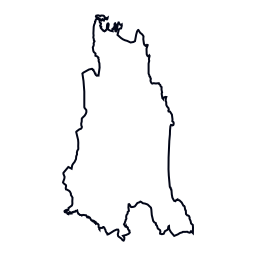 outline of Khanom, Nakhon Si Thammarat, Thailand
{"feature_id": "78962969B77889758580625", "entity_name": "Khanom", "entity_type": "district", "adm_level": 2, "iso_a3": "THA", "parent_name": "Thailand", "parent_adm1": "Nakhon Si Thammarat", "projection": "equal_earth", "projection_center": [99.815, 9.204], "detail": "fine", "context": "isolated", "style": "outline", "palette": "ink", "viewbox_px": 256, "rotation_deg": 0, "n_neighbors": 0, "source": "geoboundaries", "source_scale": "gbopen_adm2", "svg_char_len": 5735}
<svg xmlns="http://www.w3.org/2000/svg" viewBox="0 0 256 256"><path d="M98.6,227.1L99.2,227.7L99.2,229.1L99.5,229.5L99.5,228.9L99.9,228.0L100.7,227.8L102.0,228.0L103.2,227.0L103.6,227.0L104.4,227.8L104.5,228.5L105.3,229.6L105.6,231.0L106.4,232.6L107.0,233.0L107.3,234.1L107.7,233.9L107.9,234.4L108.9,234.0L114.1,230.7L116.6,229.6L118.1,229.6L118.4,230.2L118.5,231.4L117.8,234.3L118.1,236.0L118.6,236.6L121.3,238.5L122.6,240.2L123.6,240.6L124.2,239.6L124.4,237.8L124.1,237.2L123.0,235.8L126.0,235.0L128.5,233.9L129.5,233.0L129.8,232.3L129.3,231.6L129.4,230.5L128.7,230.1L128.0,229.0L127.8,227.6L127.3,227.5L127.1,227.0L126.5,226.9L126.2,226.1L126.0,226.7L125.6,226.7L125.5,226.2L124.8,225.8L124.0,224.2L124.6,223.5L125.2,221.4L125.6,220.8L125.6,220.0L126.2,219.2L126.4,218.3L126.2,217.9L126.2,216.4L126.5,215.1L127.6,213.6L127.7,212.0L128.9,210.9L128.4,207.5L128.6,204.3L129.1,204.1L129.8,204.9L130.9,206.9L131.7,207.1L133.7,206.8L134.9,206.3L137.4,203.0L139.6,202.2L140.3,201.6L141.3,202.0L142.8,203.2L145.1,203.6L147.6,204.5L150.9,207.6L151.3,209.2L151.8,215.1L153.2,220.9L154.4,222.4L155.9,223.2L155.9,224.7L156.9,225.6L157.8,228.5L160.1,230.2L160.4,231.7L160.0,233.3L160.1,233.7L161.8,234.2L163.7,233.8L164.9,231.2L167.1,230.0L167.9,229.2L168.3,226.8L168.6,226.2L169.0,226.0L169.1,228.4L169.6,229.9L170.9,232.1L174.2,235.9L177.8,234.4L180.0,233.0L182.1,232.4L182.8,231.9L187.5,231.8L188.1,232.3L189.7,232.7L190.7,232.2L190.7,231.5L191.0,231.2L192.9,233.1L193.0,227.4L192.8,224.9L191.1,223.5L190.6,221.0L189.5,218.6L189.6,217.4L189.0,216.1L188.4,215.6L187.3,215.4L186.0,214.0L185.8,210.4L185.2,209.9L184.6,206.6L184.1,205.9L183.4,205.7L181.7,202.5L179.4,200.3L177.6,200.0L177.5,199.5L176.8,200.0L176.4,199.9L175.4,201.2L174.1,200.8L172.4,197.7L171.8,194.5L171.5,190.5L171.1,189.8L171.3,189.3L170.6,188.5L170.6,187.6L170.1,187.4L169.8,186.8L168.8,175.6L168.5,169.4L168.6,157.3L169.3,140.9L169.9,134.5L170.0,130.5L170.4,126.3L171.0,124.9L172.0,125.1L172.3,125.4L173.2,125.1L173.5,124.7L173.7,123.1L173.4,122.1L172.3,121.2L172.5,119.3L171.9,114.6L170.0,111.6L168.6,111.5L168.3,110.7L168.8,109.6L168.5,108.2L167.0,106.4L166.3,104.9L166.2,102.1L165.7,101.0L165.8,98.5L166.3,97.0L165.4,96.9L164.0,97.4L163.1,98.6L163.1,98.9L162.5,98.2L162.9,97.7L162.2,97.2L161.7,94.1L161.7,93.2L162.1,92.6L161.5,89.5L161.6,87.1L160.7,86.4L160.2,84.8L159.2,84.2L158.8,83.2L155.8,83.5L153.6,83.2L152.2,83.6L151.3,82.8L150.7,81.5L150.5,80.6L150.8,79.0L150.6,78.8L150.7,78.3L150.1,77.3L150.1,76.8L149.5,76.4L149.4,75.4L148.9,74.4L148.6,73.5L148.6,63.5L149.2,60.9L148.9,59.0L149.6,55.9L149.3,55.4L148.5,56.6L149.2,55.4L148.2,56.4L147.3,55.7L146.7,54.2L146.5,48.7L147.7,45.1L147.0,44.8L145.6,45.9L145.2,45.6L144.9,44.9L144.3,44.7L143.9,43.5L143.3,39.2L143.5,36.3L142.3,34.5L140.1,32.7L138.4,30.0L138.0,30.1L137.1,31.4L136.2,34.6L135.0,41.1L133.4,42.0L130.6,42.5L127.2,40.9L124.8,40.2L122.9,39.3L121.0,38.0L117.5,34.9L118.9,29.4L119.4,28.8L121.1,28.4L121.8,25.7L121.7,24.5L121.2,24.9L120.4,24.9L119.1,23.4L118.8,22.7L118.8,21.7L117.9,24.1L116.9,29.2L116.0,31.4L115.4,31.2L115.2,29.7L116.0,25.4L116.0,24.7L115.2,23.3L114.8,23.5L114.5,24.3L114.7,27.3L114.1,27.7L113.7,27.6L113.3,29.0L112.5,28.9L112.3,29.1L112.6,31.2L110.3,30.7L107.8,29.3L108.7,24.7L108.6,24.0L108.1,23.4L107.6,23.6L107.1,24.7L106.8,28.8L106.6,29.4L106.3,29.9L105.7,30.1L105.4,30.9L104.8,30.9L104.5,31.3L103.3,30.8L103.0,30.1L102.5,29.9L100.9,28.0L101.2,27.4L101.3,26.7L101.1,26.5L100.6,26.9L100.1,25.6L100.9,24.3L101.0,23.4L99.8,22.5L99.5,20.1L98.4,19.2L97.7,19.1L96.9,18.4L95.9,19.6L95.6,20.2L95.5,21.1L95.0,21.5L95.1,22.5L94.1,24.9L93.7,26.8L93.4,33.6L93.6,35.5L93.3,37.4L93.8,39.1L93.9,40.5L94.5,41.1L94.5,41.5L94.0,42.1L93.6,43.5L93.8,44.2L93.6,45.7L92.8,47.3L93.3,50.9L93.8,52.0L95.5,53.5L95.4,55.7L97.3,56.5L98.4,57.6L98.2,58.2L98.8,59.6L98.6,60.9L99.4,63.3L99.6,67.6L98.5,75.5L97.8,75.3L97.6,75.6L96.8,75.7L95.9,75.0L95.5,74.4L95.5,73.6L95.0,73.5L94.3,71.7L93.5,70.5L93.4,69.9L92.8,69.9L92.4,69.0L92.0,68.8L89.0,69.5L83.4,72.6L82.4,73.5L83.5,81.0L84.3,91.6L84.3,107.1L84.5,107.8L86.3,110.1L86.4,112.0L85.9,113.6L84.7,115.6L82.2,118.0L81.8,118.7L81.7,121.6L81.2,123.6L81.3,125.3L81.9,126.9L81.7,127.8L80.9,128.8L79.4,129.3L76.6,131.4L76.2,132.0L78.1,139.9L78.3,142.8L78.2,146.5L78.3,148.2L78.2,149.4L77.4,150.5L76.9,152.4L77.0,154.4L76.2,156.3L76.0,159.0L74.6,161.9L73.0,163.9L72.2,165.3L71.6,168.7L68.3,167.0L63.5,172.7L63.4,173.8L64.6,176.9L64.3,178.8L63.0,182.3L63.6,183.3L65.9,185.1L66.1,186.0L65.7,188.1L66.0,189.4L66.9,189.6L68.9,190.7L69.9,191.6L70.9,193.6L70.9,194.9L72.5,197.6L72.3,201.3L72.4,203.4L72.2,204.7L71.8,205.6L68.5,208.0L68.6,208.8L68.2,209.5L68.1,210.1L67.8,210.3L67.3,210.1L66.6,211.5L66.4,211.4L66.2,210.5L65.7,211.0L65.4,210.4L64.6,210.9L64.5,211.3L64.8,212.1L65.4,212.4L66.4,212.1L67.6,213.9L68.4,214.2L68.7,213.0L69.2,213.1L69.5,212.4L69.8,212.5L70.3,213.5L70.6,213.3L70.5,212.5L71.7,213.4L72.2,212.2L72.7,212.0L73.5,212.2L74.1,211.6L74.9,211.8L75.6,210.9L76.5,210.9L77.2,210.5L77.5,212.0L78.4,213.8L79.1,214.1L79.8,214.9L81.5,215.1L81.8,215.5L83.0,214.9L86.1,215.3L87.2,217.3L87.4,217.3L87.6,216.8L87.9,216.6L88.3,216.7L88.6,217.7L88.8,217.7L89.1,217.2L89.3,217.2L89.9,217.7L91.1,220.0L91.8,220.6L92.4,220.4L93.7,220.8L93.6,221.2L93.1,221.0L93.0,221.4L93.3,221.6L94.3,221.7L94.7,222.8L94.9,222.9L95.2,221.8L95.5,221.8L95.7,222.1L96.0,223.8L96.8,223.4L97.1,223.7L97.8,223.9L98.6,224.8L98.6,227.1ZM100.4,16.2L98.7,15.4L97.4,15.4L96.2,15.7L95.9,16.5L96.4,17.3L98.7,18.0L99.1,18.7L99.8,18.9L101.5,20.4L102.0,19.4L102.6,19.1L103.0,19.4L103.4,20.4L103.9,20.6L104.7,18.7L106.1,19.1L106.3,18.7L105.8,17.8L104.5,17.1L104.0,16.0L103.2,15.6L101.1,15.5L100.4,16.2ZM107.2,19.1L107.4,18.9L107.6,17.8L106.8,18.4L107.2,19.1Z" fill="none" stroke="#020617" stroke-width="2"/></svg>